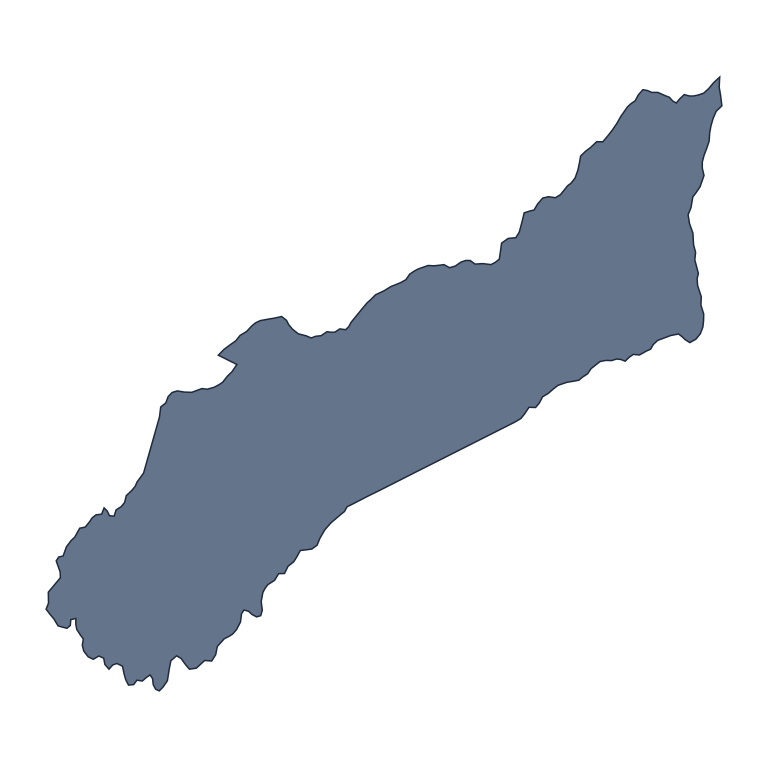 Senador La Rocque, Maranhão, Brazil (Equal Earth projection)
{"feature_id": "56859067B35743322866998", "entity_name": "Senador La Rocque", "entity_type": "district", "adm_level": 2, "iso_a3": "BRA", "parent_name": "Brazil", "parent_adm1": "Maranhão", "projection": "equal_earth", "projection_center": [-47.144, -5.381], "detail": "fine", "context": "isolated", "style": "filled", "palette": "slate", "viewbox_px": 768, "rotation_deg": 0, "n_neighbors": 0, "source": "geoboundaries", "source_scale": "gbopen_adm2", "svg_char_len": 3752}
<svg xmlns="http://www.w3.org/2000/svg" viewBox="0 0 768 768"><path d="M719.7,77.1L713.8,82.5L708.5,88.8L703.6,93.2L697.9,95.1L693.4,96.0L689.5,96.0L684.2,94.6L679.4,99.2L676.3,103.0L672.8,101.1L669.4,97.3L665.3,95.7L657.8,92.4L651.7,92.4L647.4,90.5L642.9,89.7L638.4,94.8L635.1,100.9L631.3,103.4L627.6,106.7L620.9,116.3L616.8,123.5L612.6,129.7L609.2,134.1L606.1,137.9L602.8,141.8L596.7,141.7L590.4,147.6L585.4,151.4L580.6,156.1L579.4,163.1L577.9,170.1L575.1,178.0L571.0,183.2L567.7,185.7L560.4,194.7L555.4,197.7L548.4,196.7L542.7,198.1L537.6,204.0L534.1,210.0L530.3,210.9L524.2,212.8L522.1,221.6L519.2,232.3L515.8,237.7L508.2,238.4L501.6,243.1L500.5,251.0L499.3,259.2L495.0,262.5L491.0,264.6L482.7,263.6L475.1,264.1L470.2,260.5L465.5,260.5L460.8,262.2L455.4,266.0L449.6,267.7L443.9,264.6L439.7,265.2L433.9,265.8L428.1,265.5L418.1,269.0L414.4,271.0L409.7,274.1L405.9,279.7L400.9,282.5L396.3,284.4L390.8,286.6L383.8,290.9L375.5,294.8L370.6,299.8L367.3,302.6L361.7,309.3L357.0,315.1L351.1,322.3L348.8,326.6L345.6,329.7L339.8,328.9L334.8,332.2L330.9,332.2L327.0,331.7L321.1,335.7L315.6,336.3L311.2,338.0L306.4,335.9L298.3,333.8L292.4,329.1L288.6,324.5L286.5,320.3L281.6,316.5L274.7,318.1L269.6,318.9L260.3,320.6L255.6,322.8L251.9,325.8L246.6,331.5L240.1,335.4L235.8,340.8L230.3,344.7L224.0,349.4L218.3,355.2L236.9,364.5L232.1,371.6L227.3,376.3L222.6,382.3L219.1,384.6L214.3,387.2L207.3,389.2L201.8,388.6L197.5,390.2L191.8,392.3L184.5,392.1L177.2,390.9L172.1,392.5L168.2,396.5L165.8,402.9L160.7,407.0L159.5,416.9L143.6,473.0L140.6,477.2L137.1,481.9L135.2,486.3L131.8,490.4L126.3,495.6L124.6,502.5L121.2,506.6L116.1,509.9L114.1,516.2L109.5,515.7L107.2,511.0L104.1,507.9L101.6,514.2L96.1,514.8L92.2,517.8L89.4,522.0L85.2,527.1L79.7,528.2L74.8,537.1L70.9,540.8L66.4,546.9L63.1,556.0L58.7,557.0L56.2,560.9L60.1,571.8L60.4,577.7L48.3,592.2L48.5,603.1L46.1,609.2L50.0,614.3L53.8,618.8L58.1,625.9L62.8,627.2L66.9,628.3L70.3,625.5L70.8,619.6L75.8,618.5L75.8,624.3L76.8,629.5L80.3,634.9L83.3,639.0L82.3,645.3L83.8,651.1L88.2,656.8L93.3,659.3L98.8,656.0L103.7,658.2L104.9,664.5L109.0,669.2L112.8,664.9L116.9,663.5L122.5,666.2L124.1,673.9L125.7,679.6L128.5,685.1L133.7,684.6L136.9,680.2L142.4,681.0L146.3,677.5L150.1,675.0L152.6,678.7L153.2,684.6L155.6,689.2L159.3,690.9L163.1,687.0L167.4,680.7L169.4,668.1L170.9,660.7L176.6,655.8L181.0,658.4L185.7,664.8L189.4,669.2L196.3,668.2L204.7,660.5L211.7,661.0L215.7,654.7L217.3,646.5L224.2,638.8L229.1,636.3L232.6,634.1L236.6,629.5L240.5,622.0L241.5,613.8L243.9,610.0L248.6,611.3L251.9,614.4L256.6,616.9L260.7,615.7L262.3,610.3L261.2,601.5L262.9,592.4L265.1,588.3L267.8,584.7L274.6,580.3L278.6,573.7L284.5,573.5L288.0,566.3L293.8,561.7L297.2,556.2L300.3,550.5L305.7,549.9L311.9,549.0L317.1,545.2L319.9,538.3L324.9,529.7L331.1,522.7L340.7,514.5L344.5,511.5L347.1,506.8L356.2,502.2L364.9,497.7L369.0,495.6L379.0,490.7L419.1,470.4L515.2,421.9L520.9,418.5L524.6,413.9L529.0,407.3L535.6,407.5L539.4,402.9L542.6,396.8L548.4,393.3L553.4,388.9L558.1,385.3L562.2,383.9L566.9,382.3L573.6,381.2L578.9,380.2L582.4,377.2L587.6,373.8L591.1,368.6L600.1,361.5L606.0,360.4L611.7,360.6L616.6,359.0L620.9,359.5L625.2,361.2L629.0,357.4L633.3,354.4L639.4,355.0L646.3,351.1L650.6,349.2L653.3,344.5L657.7,340.4L670.8,335.5L678.5,334.0L682.0,336.6L685.1,339.6L689.8,342.6L695.9,339.2L700.3,333.8L702.9,327.0L703.6,320.3L703.7,314.0L700.9,305.0L701.3,296.8L697.6,285.5L697.1,278.6L698.4,273.5L696.8,267.4L694.8,259.9L695.6,252.4L693.6,244.9L692.9,233.1L689.5,223.5L688.1,214.7L691.0,207.6L692.8,197.0L696.0,192.8L700.1,186.7L704.0,175.5L702.3,168.1L702.3,162.1L704.1,155.2L706.7,148.4L709.1,141.3L709.7,132.8L711.1,125.3L713.2,118.2L716.2,111.3L721.9,105.8L720.5,94.8L719.2,87.2L719.7,77.1Z" fill="#64748b" stroke="#1e293b" stroke-width="1.5"/></svg>